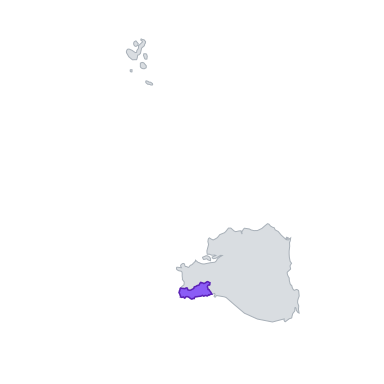 Zamora Chinchipe on a map of Ecuador (Albers equal-area conic projection), rotated 60°
{"feature_id": "ECU-1269", "entity_name": "Zamora Chinchipe", "entity_type": "Province", "adm_level": 1, "iso_a3": "ECU", "parent_name": "Ecuador", "parent_adm1": "", "projection": "albers", "projection_center": [-78.963, -4.167], "detail": "fine", "context": "in_parent", "style": "filled", "palette": "violet", "viewbox_px": 384, "rotation_deg": 60, "n_neighbors": 0, "source": "natural_earth", "source_scale": "10m", "svg_char_len": 6289}
<svg xmlns="http://www.w3.org/2000/svg" viewBox="0 0 384 384"><g transform="rotate(60 192 192)"><path d="M350.4,159.8L349.3,160.5L346.7,160.8L344.6,160.1L343.8,160.1L343.7,160.8L346.4,162.5L347.7,165.6L349.6,167.5L350.8,168.5L350.9,169.1L350.5,170.4L350.4,171.4L351.0,176.1L350.6,176.4L349.1,176.4L348.0,175.6L344.8,187.3L334.7,198.9L323.2,207.2L310.1,211.9L300.4,215.2L298.9,216.5L294.1,222.3L293.9,222.9L294.6,223.9L294.6,224.6L293.9,225.0L293.3,225.0L293.0,224.7L292.8,224.0L292.2,223.3L291.4,223.1L291.0,223.3L291.0,223.9L290.0,227.1L289.9,228.6L289.5,229.2L289.6,230.6L288.6,231.9L287.8,234.0L287.0,234.7L286.0,238.0L284.5,241.2L284.4,242.3L284.9,243.1L285.1,243.8L284.4,245.8L281.0,247.8L280.1,248.7L279.8,249.8L280.0,250.8L279.9,251.5L278.8,251.8L277.7,253.7L276.9,254.1L274.8,253.5L273.2,253.4L272.0,252.9L269.6,249.7L268.7,247.9L268.4,245.3L266.0,243.7L263.0,244.1L262.1,243.5L259.8,242.5L257.8,241.3L256.4,240.7L255.3,240.9L253.4,243.0L251.7,243.9L250.9,243.9L249.8,243.3L249.6,242.6L252.3,239.0L250.3,238.9L249.6,238.1L249.5,237.2L249.2,236.3L249.6,235.1L250.6,234.5L252.1,235.0L253.2,235.0L253.9,233.9L255.3,233.1L255.6,232.6L254.9,230.8L254.6,229.9L254.9,229.3L254.8,227.4L254.3,226.7L254.3,225.7L253.9,225.1L253.8,223.8L252.8,223.1L256.0,221.9L257.1,220.9L258.5,220.0L259.7,218.6L260.5,217.3L262.5,211.3L264.2,207.4L263.9,205.6L262.5,203.1L262.1,199.5L262.2,198.4L262.1,197.5L261.1,199.0L261.3,204.4L260.5,206.8L259.2,207.4L258.4,207.0L258.9,203.1L258.0,203.8L256.6,206.5L254.2,208.4L254.1,209.1L253.5,209.9L251.7,209.2L250.3,208.4L245.8,203.9L242.8,203.0L241.0,201.5L240.6,200.8L240.4,199.9L242.2,199.0L244.1,197.7L244.3,195.0L244.2,192.8L242.8,189.2L243.5,184.3L243.1,182.5L241.5,178.5L242.7,176.4L246.9,175.0L248.2,174.0L249.2,170.8L250.1,168.9L252.0,169.7L253.5,169.6L251.5,168.9L249.9,166.0L249.6,164.7L252.7,160.8L254.4,159.8L256.4,157.7L258.1,154.6L258.5,149.7L257.8,146.2L257.2,142.5L258.2,141.5L260.8,141.0L262.9,139.8L264.0,138.7L266.4,138.9L269.3,137.1L273.9,136.3L280.3,134.3L281.7,132.6L281.1,129.5L283.5,131.4L284.5,132.8L287.8,134.5L291.7,137.4L294.3,138.9L297.1,140.3L301.1,141.7L303.5,141.4L304.6,143.6L305.5,144.3L307.8,145.0L308.1,145.3L309.0,149.4L309.5,150.0L311.5,150.7L314.0,150.9L315.0,150.8L317.1,151.9L320.5,152.9L321.7,153.0L322.2,152.8L322.4,152.4L323.4,152.5L324.9,153.0L327.0,153.1L328.3,152.6L328.6,150.3L329.0,149.8L330.5,149.0L331.3,149.2L335.3,151.0L336.1,151.6L337.1,152.9L338.9,154.8L340.9,156.0L344.0,156.5L346.9,158.5L350.4,159.8ZM40.3,159.0L41.5,160.2L42.2,163.7L46.2,167.4L46.7,169.5L46.3,170.5L46.5,170.8L48.4,172.3L49.7,173.8L47.7,177.5L43.3,179.1L38.7,179.1L37.7,178.7L36.5,177.4L36.2,176.1L36.9,174.9L39.3,173.1L42.9,171.4L43.4,170.2L41.9,169.0L40.8,166.6L38.5,165.0L37.3,159.9L36.5,159.7L34.9,160.4L34.1,159.8L34.0,159.5L35.7,158.3L36.0,157.5L38.5,157.0L39.6,157.7L40.3,159.0ZM58.7,174.1L57.7,174.1L54.6,172.3L54.8,170.4L56.0,169.2L59.9,168.5L61.5,169.6L61.4,171.8L60.1,173.5L59.1,173.8L58.7,174.1ZM256.5,215.1L256.1,215.8L254.3,215.7L253.8,215.5L254.2,211.9L254.7,210.8L256.2,209.7L257.5,209.2L259.1,209.3L260.8,210.3L258.8,212.1L257.2,212.6L256.5,215.1ZM37.4,168.4L35.5,168.8L33.9,168.1L33.1,167.1L33.0,165.6L33.1,165.0L36.7,164.4L37.9,165.7L37.9,167.6L37.4,168.4ZM76.5,176.5L74.2,177.3L72.9,176.6L72.8,176.1L74.0,174.9L75.3,174.3L76.3,172.9L78.4,172.0L79.0,172.2L79.4,172.5L79.5,172.9L78.8,174.1L77.6,174.9L76.5,176.5ZM53.9,165.7L53.0,166.3L49.4,165.7L48.2,164.6L49.1,163.0L49.9,162.4L52.1,162.9L54.3,164.6L53.9,165.7ZM57.1,185.1L56.3,185.1L55.3,184.3L56.1,182.8L57.6,183.6L58.0,184.1L57.1,185.1ZM280.1,133.4L279.0,133.6L278.5,132.6L279.8,131.6L280.3,131.4L280.1,133.4Z" fill="#d9dde1" stroke="#a8b0b8" stroke-width="1"/><path d="M290.4,225.8L290.0,226.7L289.9,227.1L289.9,227.4L289.9,228.1L289.9,228.5L289.8,228.8L289.5,228.9L289.4,228.9L289.4,229.0L289.7,230.5L289.6,230.9L289.1,231.3L288.9,231.4L288.7,231.5L288.4,232.0L288.2,232.4L288.1,233.8L288.0,234.0L287.7,234.2L287.2,234.3L286.8,234.5L286.7,234.8L286.7,236.0L286.5,236.8L285.4,239.3L285.2,240.2L285.0,240.5L284.6,240.8L284.5,241.2L284.5,242.0L284.7,242.7L284.9,243.1L285.4,243.3L285.3,243.6L285.0,244.0L284.7,244.5L284.7,244.8L284.7,245.2L284.7,245.6L284.5,245.9L284.0,246.2L283.8,246.4L282.0,247.1L281.2,247.5L280.3,248.3L280.0,248.8L279.7,249.4L279.7,249.9L280.2,250.8L280.3,251.2L280.1,251.6L279.6,251.7L279.1,251.7L278.7,251.8L278.5,252.1L278.3,253.1L278.2,253.5L277.7,254.0L277.1,254.5L276.8,254.1L276.6,254.0L276.4,253.9L276.2,253.9L275.8,253.9L275.6,253.9L275.3,253.9L274.7,253.6L274.3,253.6L273.9,253.6L273.0,253.6L272.5,253.5L272.2,253.2L272.0,252.8L271.8,252.4L271.6,252.3L271.2,252.2L271.0,251.9L270.8,251.5L270.7,251.3L270.4,251.1L270.0,250.9L269.7,250.6L269.5,250.2L269.5,249.8L269.7,249.7L270.5,248.8L271.1,247.8L271.4,247.5L272.0,246.7L272.1,246.4L272.2,246.2L272.1,245.6L272.1,245.4L272.2,244.8L272.5,244.6L272.7,244.2L272.9,244.1L273.0,244.1L273.4,244.2L273.7,244.3L273.9,244.4L274.1,244.5L274.4,244.6L274.5,244.5L274.6,244.4L274.9,244.2L275.1,244.2L275.3,244.0L275.5,243.7L275.8,243.3L276.0,243.1L276.2,242.8L276.3,242.2L276.3,241.8L276.3,241.3L276.3,241.1L276.4,240.0L276.4,239.5L276.4,239.2L276.4,238.9L276.4,238.7L276.1,238.3L276.0,238.2L275.9,238.1L275.7,238.0L275.5,237.9L275.4,237.7L275.4,237.3L275.4,236.9L275.7,235.8L275.7,235.5L275.6,234.9L275.6,234.5L275.7,233.9L275.8,233.5L276.0,233.1L276.0,232.8L276.1,232.6L276.0,232.3L276.0,232.1L275.7,231.7L275.4,231.3L275.2,231.0L274.9,230.4L274.7,230.0L274.7,229.9L274.6,229.7L274.8,229.4L275.0,229.4L275.3,229.4L275.5,229.2L275.5,228.8L275.6,228.7L275.9,228.4L276.0,228.3L276.4,227.9L276.7,227.8L276.9,227.8L277.0,227.7L277.2,227.4L277.4,226.2L277.3,225.6L277.3,225.3L277.3,225.1L277.5,224.7L277.4,224.5L277.3,224.3L277.2,224.1L277.2,223.9L277.2,223.7L277.3,223.5L277.5,223.3L277.7,223.0L278.1,222.8L279.2,222.2L279.5,221.8L281.1,222.9L281.3,223.1L281.3,223.4L281.3,223.5L281.2,223.6L281.0,223.8L280.9,223.9L280.8,224.0L280.8,224.3L280.9,224.5L280.9,224.9L280.9,225.0L281.0,225.2L281.1,225.3L281.3,225.6L281.4,225.8L281.5,225.9L281.6,226.0L281.8,226.1L282.3,226.2L283.1,226.4L283.8,226.5L284.0,226.6L284.3,226.8L284.5,226.8L284.6,226.7L284.9,226.2L285.0,226.1L285.4,226.0L286.2,226.1L286.6,226.0L288.0,225.8L290.4,225.8L290.4,225.8Z" fill="#8b5cf6" stroke="#5b21b6" stroke-width="1.5"/></g></svg>